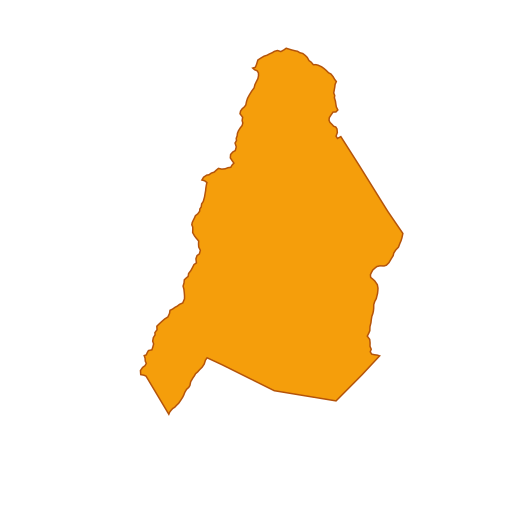 São Fidélis, Rio de Janeiro, Brazil, rotated 148°
{"feature_id": "56859067B2768283768004", "entity_name": "São Fidélis", "entity_type": "district", "adm_level": 2, "iso_a3": "BRA", "parent_name": "Brazil", "parent_adm1": "Rio de Janeiro", "projection": "mercator", "projection_center": [-41.783, -21.671], "detail": "fine", "context": "isolated", "style": "filled", "palette": "amber", "viewbox_px": 512, "rotation_deg": 148, "n_neighbors": 0, "source": "geoboundaries", "source_scale": "gbopen_adm2", "svg_char_len": 3352}
<svg xmlns="http://www.w3.org/2000/svg" viewBox="0 0 512 512"><g transform="rotate(148 256 256)"><path d="M119.5,197.3L120.6,223.9L120.6,235.7L120.5,277.6L120.8,312.3L124.6,312.5L124.6,315.2L121.6,317.6L120.0,320.8L120.0,323.1L121.4,324.9L121.8,327.2L122.5,330.2L122.1,332.5L120.5,334.5L117.3,336.0L114.4,337.2L111.9,335.8L109.2,336.5L108.9,339.8L107.8,342.5L106.6,345.2L105.7,348.6L104.2,350.4L103.7,353.1L101.6,355.4L99.7,357.5L98.0,359.6L95.4,361.4L95.7,364.1L95.6,367.3L96.0,370.6L97.4,373.0L98.1,376.1L99.0,379.0L100.1,381.7L102.3,385.0L103.9,386.6L106.0,387.8L106.5,391.1L107.5,393.7L107.3,397.2L107.9,399.8L109.0,402.9L111.1,405.2L112.3,407.6L114.1,409.3L116.5,411.8L118.6,414.2L120.3,416.2L123.2,416.0L126.6,416.2L128.9,418.9L132.0,419.8L134.4,419.8L138.0,420.3L140.2,420.4L143.3,421.2L147.1,421.3L150.6,421.2L153.9,418.3L156.5,416.4L159.2,417.1L158.5,414.7L156.9,412.5L156.9,410.0L158.3,407.6L160.4,405.4L163.1,403.8L166.1,401.9L168.5,399.6L172.3,398.1L176.3,396.1L179.6,394.2L182.0,392.2L184.6,389.5L186.9,388.6L189.7,388.2L192.3,387.1L194.2,385.1L193.8,380.8L196.0,378.2L196.7,375.8L198.6,374.0L201.4,373.0L204.5,371.5L206.7,369.9L208.4,367.8L210.4,366.3L211.4,364.2L213.9,362.9L214.9,359.0L217.7,356.4L220.6,356.5L223.7,355.6L225.8,352.8L225.7,349.2L225.5,346.5L228.1,345.8L230.4,344.6L232.9,345.7L235.9,346.3L239.0,347.8L241.4,350.2L244.5,349.8L247.0,349.3L250.0,350.0L252.8,349.8L254.9,350.7L258.7,350.6L261.6,349.1L259.7,347.0L258.7,344.3L260.3,342.7L262.5,340.2L264.2,338.0L266.0,336.0L268.4,333.3L271.8,330.2L274.5,329.0L276.5,326.6L278.6,325.7L280.1,323.8L283.1,322.6L286.0,322.3L288.0,320.9L290.3,319.5L292.3,318.2L293.9,316.5L294.3,314.1L295.5,312.1L297.3,309.4L297.5,305.6L297.2,302.5L296.7,299.1L298.4,296.6L299.8,294.0L300.2,290.3L302.9,287.8L305.8,287.6L308.4,285.5L310.2,281.7L313.1,281.6L315.9,279.9L318.9,278.2L322.4,276.9L324.4,274.6L326.5,274.4L329.4,273.8L331.3,271.3L333.8,269.1L334.8,265.9L336.3,262.8L337.9,259.8L339.4,257.5L343.0,255.0L346.5,255.5L349.3,255.2L351.8,255.4L354.9,255.2L357.7,255.5L359.7,253.2L363.0,251.0L366.8,251.0L370.5,250.4L374.7,249.6L377.3,249.0L379.0,245.9L382.3,244.6L383.4,242.6L386.3,241.2L388.7,238.6L389.4,235.7L391.6,233.6L394.0,231.6L397.3,232.8L399.4,231.7L401.5,230.3L403.6,230.8L404.2,228.2L405.6,225.5L405.9,223.1L408.2,221.8L411.2,221.6L414.7,220.1L416.6,216.5L414.3,214.4L412.9,212.4L413.8,168.0L412.0,169.3L409.9,170.1L407.4,170.8L405.0,170.8L402.5,171.5L399.6,172.1L396.4,173.5L393.0,175.1L390.9,176.4L388.8,178.0L385.6,179.7L382.7,180.2L380.7,181.2L378.0,184.0L374.2,186.0L371.6,187.1L369.7,188.2L367.0,188.6L364.0,189.5L360.5,190.3L357.2,191.8L354.0,194.5L351.4,195.6L342.3,181.6L318.1,142.2L311.9,132.1L295.8,117.9L264.9,90.7L228.7,99.2L204.1,105.8L205.7,107.7L207.9,109.5L209.9,111.5L209.9,114.2L207.7,115.9L207.2,119.0L205.3,121.9L203.8,125.0L204.1,129.1L201.4,130.7L199.1,132.3L196.8,135.7L193.9,138.5L191.9,141.0L189.7,143.5L187.5,145.2L185.6,147.1L183.9,149.3L181.9,152.4L179.3,154.6L176.6,156.1L174.7,158.0L172.8,159.8L171.0,162.1L169.6,164.1L168.3,167.4L168.5,171.9L169.2,174.4L170.1,177.1L168.9,179.5L166.9,180.8L164.5,182.2L161.6,182.7L159.1,183.0L156.1,182.0L152.7,179.7L150.3,179.1L146.8,179.9L142.6,182.1L139.5,183.6L137.6,185.5L134.2,187.1L130.5,188.0L127.5,190.3L124.9,192.1L122.6,194.1L119.5,197.3Z" fill="#f59e0b" stroke="#b45309" stroke-width="1.5"/></g></svg>